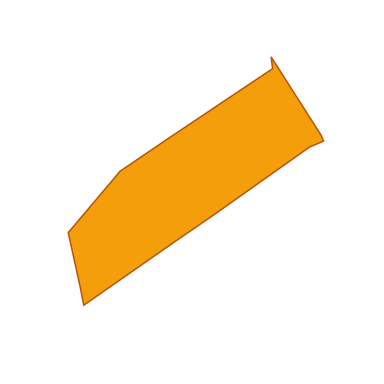 outline of Cajueiro, Alagoas, Brazil, rotated 217°
{"feature_id": "56859067B55731035935340", "entity_name": "Cajueiro", "entity_type": "district", "adm_level": 2, "iso_a3": "BRA", "parent_name": "Brazil", "parent_adm1": "Alagoas", "projection": "robinson", "projection_center": [-36.169, -9.389], "detail": "fine", "context": "isolated", "style": "filled", "palette": "amber", "viewbox_px": 384, "rotation_deg": 217, "n_neighbors": 0, "source": "geoboundaries", "source_scale": "gbopen_adm2", "svg_char_len": 360}
<svg xmlns="http://www.w3.org/2000/svg" viewBox="0 0 384 384"><g transform="rotate(217 192 192)"><path d="M210.1,347.5L201.9,339.0L242.8,221.6L261.9,165.5L266.4,85.1L225.7,50.2L210.3,36.5L175.7,142.4L166.0,171.4L158.2,195.1L143.4,241.6L137.3,260.7L125.3,298.3L117.6,311.9L123.2,315.1L210.1,347.5Z" fill="#f59e0b" stroke="#b45309" stroke-width="1.5"/></g></svg>